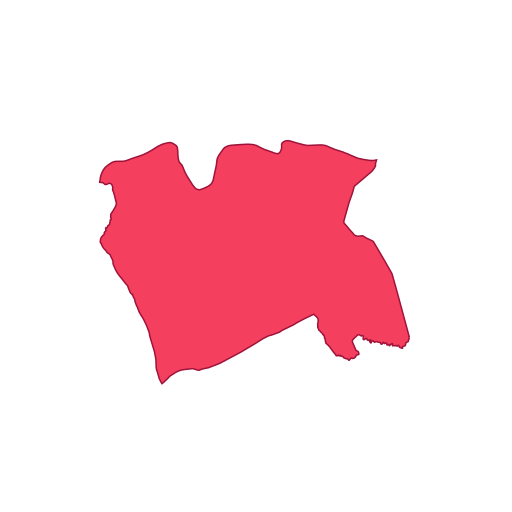 Yang Chum Noi, Si Sa Ket, Thailand (Albers equal-area conic projection), rotated 140°
{"feature_id": "78962969B51834817118015", "entity_name": "Yang Chum Noi", "entity_type": "district", "adm_level": 2, "iso_a3": "THA", "parent_name": "Thailand", "parent_adm1": "Si Sa Ket", "projection": "albers", "projection_center": [104.393, 15.245], "detail": "fine", "context": "isolated", "style": "filled", "palette": "rose", "viewbox_px": 512, "rotation_deg": 140, "n_neighbors": 0, "source": "geoboundaries", "source_scale": "gbopen_adm2", "svg_char_len": 6075}
<svg xmlns="http://www.w3.org/2000/svg" viewBox="0 0 512 512"><g transform="rotate(140 256 256)"><path d="M410.1,218.6L407.5,218.6L402.8,218.9L398.9,219.3L392.5,218.5L389.6,217.8L388.5,217.4L386.2,216.5L382.2,214.0L377.6,210.9L376.9,210.3L376.4,209.8L374.2,206.3L373.5,205.5L373.1,205.1L369.5,203.8L365.4,201.6L364.1,200.9L352.5,197.0L329.3,192.1L312.8,189.4L304.5,188.3L302.9,188.0L297.5,186.7L295.3,185.6L287.2,182.6L283.5,182.2L271.7,179.2L267.4,178.6L258.3,176.6L249.1,174.2L249.0,172.1L248.7,170.7L248.7,169.4L249.0,167.8L249.2,167.4L249.9,166.7L250.2,166.0L252.4,164.4L253.0,163.6L253.3,163.1L254.5,161.8L254.6,161.5L255.5,158.8L255.2,157.6L255.3,156.7L255.0,154.3L255.0,153.6L255.3,153.1L255.3,152.5L254.9,151.6L255.1,151.4L255.1,150.9L255.4,150.6L255.5,150.0L256.3,149.1L256.1,148.5L256.2,148.2L256.5,148.1L256.7,147.8L256.8,147.2L257.2,146.6L257.5,146.3L257.6,146.0L257.9,145.7L258.0,144.8L258.4,144.5L258.5,144.2L258.1,141.6L258.0,139.6L257.9,138.9L258.1,138.2L258.5,131.4L258.2,130.4L258.5,129.7L258.6,128.0L258.4,127.8L257.8,127.6L257.7,127.2L257.2,127.1L256.9,127.3L256.7,127.2L256.4,126.7L256.4,125.9L255.2,125.5L255.2,125.2L255.3,124.7L254.8,124.4L254.6,123.7L254.1,123.1L254.0,122.8L254.2,121.8L254.1,121.3L253.0,119.4L252.8,119.1L252.1,118.6L252.0,118.0L252.0,116.8L251.9,116.5L251.6,116.3L251.1,116.3L248.8,116.7L248.5,116.6L248.3,116.4L247.9,115.4L247.0,114.9L246.4,114.7L245.4,114.6L244.7,114.7L244.1,114.9L243.1,115.5L242.7,115.6L241.0,114.6L240.7,114.6L240.2,114.7L239.9,115.2L239.2,116.5L239.2,117.0L239.4,117.9L240.0,119.2L240.0,119.5L237.5,127.9L237.2,128.6L236.7,129.1L235.6,129.6L234.7,129.8L229.1,130.1L228.0,129.8L227.5,129.2L226.8,127.1L225.5,126.6L225.3,126.4L225.3,126.0L225.7,125.1L226.6,124.3L227.3,123.5L227.4,123.2L227.3,122.8L226.7,122.3L224.9,122.2L224.5,122.0L224.3,121.9L224.3,121.6L224.7,120.4L224.5,119.6L224.2,119.2L223.7,118.9L222.6,118.5L222.1,118.1L222.1,117.6L222.3,117.4L223.6,117.5L223.9,117.4L224.0,116.7L224.0,115.7L223.8,115.6L223.4,115.5L222.7,116.2L222.3,116.2L221.1,115.9L220.9,115.8L220.7,115.5L220.7,115.3L220.8,114.1L220.7,113.7L219.2,113.3L218.9,113.1L216.9,110.3L216.4,109.6L216.4,109.3L216.8,108.5L216.7,107.9L216.2,107.6L215.9,107.5L215.6,107.6L214.3,108.1L214.0,108.0L213.9,107.7L214.0,106.8L213.9,106.4L212.7,106.1L212.4,106.0L212.2,105.7L212.2,105.2L212.8,104.0L212.8,103.6L212.5,103.4L211.8,103.4L211.5,103.1L211.4,102.7L211.6,101.7L211.2,101.4L210.5,101.8L210.4,101.8L209.5,101.6L208.3,101.6L208.0,101.5L207.9,101.4L207.9,101.0L209.0,99.9L209.1,99.5L209.0,99.2L208.0,98.9L207.8,98.8L207.3,97.8L206.2,97.4L206.1,97.2L205.9,96.3L205.8,96.2L205.3,96.1L204.7,96.1L204.2,95.9L204.7,94.0L204.7,93.9L203.5,91.5L203.1,91.2L202.9,91.2L202.2,92.1L201.9,92.3L201.2,92.2L200.2,91.7L199.5,91.4L199.2,91.5L198.4,92.0L197.4,92.9L197.1,93.0L196.3,93.1L194.6,92.6L194.3,92.7L193.9,92.9L193.2,93.7L191.9,94.1L190.9,95.8L190.7,95.9L190.4,95.9L170.3,139.3L163.6,154.1L163.1,155.5L160.2,171.5L156.8,191.7L157.4,193.3L159.9,198.8L161.1,202.4L161.5,203.1L165.2,205.6L165.8,206.3L166.5,207.5L167.1,208.6L167.2,209.3L167.1,211.3L167.3,215.0L167.3,221.5L167.4,223.7L167.3,224.9L166.6,226.0L165.8,226.6L150.1,237.3L141.9,242.1L135.9,246.2L112.5,246.4L108.9,247.2L106.6,248.2L106.2,248.5L105.2,249.9L101.9,252.1L104.8,253.8L107.6,256.3L111.2,260.4L115.0,265.2L118.3,271.5L119.8,274.7L121.1,277.1L121.7,278.0L122.2,279.2L127.1,287.0L131.7,295.9L134.0,298.6L136.8,300.9L145.4,307.5L147.8,310.3L152.2,316.5L155.6,321.7L157.1,323.6L158.0,324.3L159.5,325.2L160.2,325.5L161.8,325.8L163.1,325.8L164.0,325.5L164.7,325.0L166.8,322.4L168.4,321.2L170.6,320.2L171.3,320.1L172.4,320.0L173.2,320.2L174.2,321.0L175.6,322.8L176.7,324.9L181.1,332.3L182.7,335.8L184.7,340.6L186.8,343.4L189.6,346.2L191.2,347.5L197.0,351.9L203.7,356.7L205.8,357.9L207.7,358.7L210.1,359.2L210.9,359.2L212.3,359.0L214.5,358.4L217.4,357.7L219.8,357.0L222.0,356.1L223.2,355.4L223.9,354.9L228.2,350.9L240.4,341.4L243.1,340.2L244.5,340.0L245.1,340.0L246.7,340.0L248.5,340.3L253.6,341.7L254.7,342.2L256.5,342.9L257.3,343.6L258.3,345.1L258.7,345.9L258.9,346.8L258.9,351.1L257.5,361.1L257.1,363.5L256.3,366.7L255.0,370.7L254.3,373.0L254.4,376.6L254.4,377.4L254.1,378.2L252.9,380.7L250.8,383.7L248.5,386.6L246.8,389.3L246.3,390.2L246.2,391.0L246.2,392.2L247.2,395.5L248.3,397.5L249.2,398.4L250.8,399.4L253.9,401.0L255.6,401.7L257.3,402.2L260.3,403.0L268.8,404.2L272.5,404.9L277.5,406.2L281.8,407.8L287.5,410.1L293.6,412.3L295.2,413.0L296.9,414.0L302.4,418.5L303.7,419.3L305.1,419.9L306.0,420.2L308.7,420.6L311.9,420.8L314.5,420.8L317.1,420.2L319.1,419.5L322.5,417.8L324.2,416.6L328.4,412.9L326.2,410.6L326.0,410.1L325.8,408.3L325.5,407.6L325.1,407.3L324.2,406.8L322.6,406.4L321.5,406.0L320.7,404.5L320.6,403.4L321.3,401.2L321.6,400.7L323.0,399.2L323.4,398.7L324.1,396.5L325.8,392.7L327.8,388.7L328.6,386.9L329.5,385.7L330.8,384.8L332.8,383.8L337.2,382.3L340.3,381.4L340.5,381.2L342.6,378.9L342.7,378.6L342.8,377.8L343.2,377.2L344.5,377.3L345.5,376.2L346.2,375.8L348.0,374.3L348.2,374.2L349.2,374.4L350.2,374.4L350.5,374.2L350.8,373.9L351.3,373.8L351.9,373.5L352.1,373.6L352.6,374.1L353.0,374.1L353.3,374.0L353.7,373.5L353.8,373.0L354.0,372.7L354.5,372.3L354.7,371.8L354.8,371.7L355.9,371.8L357.3,371.4L357.9,370.5L358.3,370.2L360.6,370.1L361.8,369.9L363.7,369.2L364.5,368.6L365.6,367.6L366.1,367.1L366.5,366.5L366.6,365.8L366.6,364.5L367.1,363.9L367.1,363.6L367.2,362.9L367.6,361.2L367.7,360.2L367.7,358.4L367.5,356.3L367.8,355.3L367.8,354.9L367.6,353.4L367.1,351.6L367.0,350.3L367.4,349.4L368.1,346.5L368.6,344.9L368.9,343.9L370.4,342.1L370.9,341.0L372.4,335.7L372.7,334.2L373.1,331.9L373.3,329.3L373.6,318.2L373.5,316.0L373.7,315.1L374.4,313.5L375.8,308.9L375.9,307.8L375.3,305.9L375.7,305.8L375.8,305.6L375.9,304.5L376.4,303.1L376.7,301.0L377.9,298.9L378.3,298.0L379.6,294.2L379.8,292.7L380.4,291.6L380.6,290.6L381.2,289.2L381.6,287.6L382.1,284.9L382.5,281.6L383.0,279.1L384.5,273.1L386.9,266.3L389.0,262.6L395.3,248.0L399.1,241.2L403.8,235.2L404.7,233.8L405.2,233.0L406.5,229.6L408.8,224.6L409.8,220.8L410.1,218.6Z" fill="#f43f5e" stroke="#9f1239" stroke-width="1.5"/></g></svg>